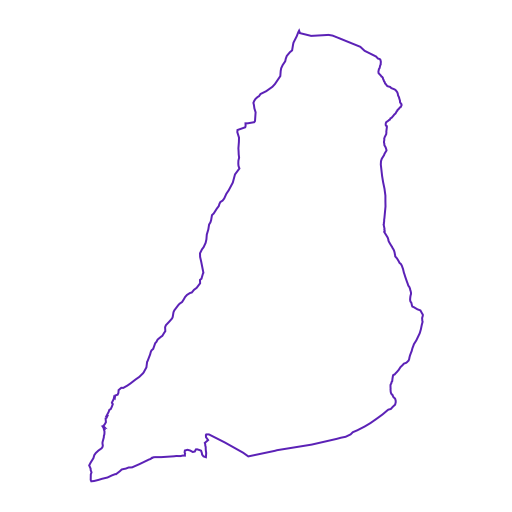 Vlahita, Harghita, Romania (orthographic projection)
{"feature_id": "2599482B50254025578700", "entity_name": "Vlahita", "entity_type": "district", "adm_level": 2, "iso_a3": "ROU", "parent_name": "Romania", "parent_adm1": "Harghita", "projection": "orthographic", "projection_center": [25.586, 46.382], "detail": "fine", "context": "isolated", "style": "outline", "palette": "violet", "viewbox_px": 512, "rotation_deg": 0, "n_neighbors": 0, "source": "geoboundaries", "source_scale": "gbopen_adm2", "svg_char_len": 6029}
<svg xmlns="http://www.w3.org/2000/svg" viewBox="0 0 512 512"><path d="M395.1,404.7L395.7,402.3L395.7,401.3L395.7,400.8L395.2,398.9L394.6,398.1L393.9,397.6L393.3,396.9L392.5,395.0L392.4,395.0L392.2,394.8L392.0,394.6L391.8,394.2L391.3,393.8L391.0,393.0L390.7,391.8L390.6,390.3L390.5,389.4L390.6,388.9L390.5,387.0L390.5,386.0L390.5,385.4L390.5,385.0L390.6,384.6L391.3,383.4L391.4,382.7L391.5,382.4L391.7,381.8L392.0,381.5L392.2,381.2L392.3,380.2L392.5,378.5L392.8,376.7L393.0,375.7L393.2,375.1L393.3,375.0L393.7,374.8L394.2,374.6L394.5,374.6L394.7,374.4L395.6,373.3L396.8,372.1L398.7,369.9L399.2,369.1L400.5,367.1L402.6,365.1L403.8,363.7L406.2,362.8L407.2,362.0L407.6,361.5L408.5,360.7L409.0,359.6L409.3,358.4L409.4,357.7L410.0,355.4L411.2,352.2L411.6,351.3L412.4,348.3L413.5,345.4L413.9,344.2L416.3,340.4L419.6,333.5L419.9,332.7L420.9,329.2L421.8,324.8L422.6,321.8L422.3,320.7L422.2,319.0L422.1,318.1L422.8,315.7L422.8,314.6L422.1,313.5L420.4,310.4L417.4,309.3L413.7,307.1L412.4,306.6L412.0,305.7L411.7,304.3L411.3,302.7L410.7,301.9L410.3,301.1L410.1,299.6L410.2,298.1L410.4,296.4L410.7,295.0L411.0,294.0L411.0,292.8L410.6,290.9L410.2,289.9L410.1,289.0L409.4,287.1L408.5,285.9L408.0,284.8L407.8,284.0L407.0,281.9L405.1,276.4L404.5,274.4L403.9,272.7L403.0,268.9L402.4,267.3L401.8,265.6L400.8,263.9L399.6,263.0L398.5,260.9L398.2,260.4L397.1,258.6L396.4,257.7L395.7,257.0L395.2,256.3L395.1,255.0L394.9,254.4L394.7,253.1L394.4,251.8L394.0,250.5L393.4,249.3L393.1,248.8L392.2,247.4L392.0,246.7L391.5,246.1L390.1,243.8L388.8,241.5L388.4,240.4L388.4,239.8L387.7,237.6L384.2,231.9L384.7,231.4L384.7,230.9L384.5,230.6L384.6,230.1L384.3,229.4L384.5,228.8L383.6,224.4L383.9,224.0L383.9,222.5L384.1,221.9L384.2,219.3L384.4,218.2L385.5,206.5L385.4,201.1L385.4,195.6L384.5,188.8L383.1,182.1L382.1,176.0L380.8,164.5L381.0,161.1L381.8,158.7L384.0,155.2L384.6,153.6L386.5,150.5L386.3,149.3L386.0,148.6L385.8,147.8L385.5,147.1L384.5,145.4L384.4,145.2L384.4,144.7L384.3,144.3L384.3,143.5L384.0,142.7L384.0,141.5L384.2,140.6L384.3,139.6L384.3,139.2L384.2,138.6L384.8,136.9L386.2,134.2L386.4,132.2L386.3,131.7L386.9,126.9L386.8,126.1L385.9,125.6L385.7,124.9L385.7,123.9L385.9,122.9L386.2,122.2L388.6,120.5L389.0,120.0L389.8,119.7L390.5,118.3L390.9,118.2L391.9,117.5L392.3,117.0L392.5,116.7L393.5,115.6L394.2,114.6L395.4,113.6L396.1,112.5L396.3,112.1L396.6,111.4L396.9,111.2L397.4,110.6L397.5,110.0L398.3,109.4L398.5,109.0L398.8,108.9L399.2,108.4L399.7,107.6L400.1,107.3L400.6,107.2L401.4,105.6L401.6,105.0L401.3,103.9L400.7,103.5L400.6,103.0L400.0,102.1L400.0,100.8L399.1,97.9L399.1,97.5L398.1,95.5L398.0,95.1L397.8,93.8L397.3,92.4L396.8,91.6L395.4,89.9L394.1,89.2L391.3,88.1L390.1,86.9L387.8,86.3L387.0,85.8L386.5,85.1L385.9,84.2L385.2,83.6L384.9,82.9L384.7,82.1L384.1,81.4L383.8,80.6L383.6,79.9L383.0,78.8L382.8,77.7L382.1,76.8L381.5,76.6L380.8,75.5L380.1,74.8L378.6,73.2L378.4,71.8L378.5,71.0L378.7,70.3L378.9,69.1L379.6,68.1L380.1,65.8L380.2,65.4L380.4,65.0L380.7,64.5L380.7,63.2L380.8,62.9L380.8,61.4L380.3,59.6L379.6,59.0L378.0,58.6L376.3,56.8L376.2,56.6L364.6,50.8L360.3,46.8L332.6,35.6L328.6,34.9L311.2,35.9L299.9,33.1L299.1,30.7L298.3,32.2L296.7,36.3L293.5,42.6L293.1,44.4L292.1,50.4L289.9,52.2L286.8,55.9L285.8,58.6L285.2,61.3L282.7,65.0L281.2,68.2L280.7,70.9L280.3,76.1L274.9,84.1L272.4,86.8L266.2,91.2L260.5,94.0L259.0,96.2L257.6,97.0L255.5,98.9L254.2,100.9L253.4,102.9L253.9,104.9L254.4,108.4L255.6,112.3L255.0,121.0L254.2,122.2L247.8,123.3L245.5,123.3L245.6,125.9L245.2,127.3L237.5,130.0L237.3,132.1L239.0,137.6L238.9,142.0L238.4,148.3L238.6,151.8L238.7,154.4L239.1,157.7L238.4,160.7L238.3,163.7L238.5,165.9L239.4,168.5L235.0,174.4L232.8,182.6L228.7,190.3L226.4,193.7L224.2,198.5L222.6,200.6L220.4,202.0L219.5,203.7L218.7,206.2L216.9,208.5L213.7,213.5L212.0,215.1L211.1,220.2L210.4,222.4L209.1,224.5L208.3,229.5L206.8,234.5L206.4,239.4L205.6,242.9L203.6,247.2L202.0,249.3L200.0,253.3L200.1,256.9L201.2,261.7L203.4,272.8L203.1,273.1L201.8,277.5L201.5,278.7L200.0,279.9L200.1,283.3L196.6,287.9L194.0,289.8L191.8,292.5L190.0,293.0L187.0,294.9L185.1,297.0L183.8,299.3L182.1,302.0L179.6,303.7L178.3,305.1L174.3,310.4L173.5,312.2L172.7,317.0L172.1,318.4L169.4,321.5L165.9,325.2L165.1,327.2L165.3,331.2L164.1,332.9L162.3,335.9L161.2,336.6L159.0,338.4L157.6,339.6L156.4,341.9L155.2,343.2L153.2,348.9L151.5,350.4L150.8,351.9L150.1,354.5L147.6,361.0L147.1,361.9L146.4,367.4L144.2,371.4L144.1,371.7L143.1,373.2L139.3,376.9L135.7,379.4L130.4,383.5L127.2,385.7L125.2,386.8L123.3,387.9L121.3,387.8L118.6,390.1L118.4,392.9L117.6,394.7L115.2,395.5L114.8,398.0L114.1,397.1L113.7,399.0L112.3,401.8L111.9,402.8L112.8,404.1L111.7,407.0L110.7,409.1L109.4,409.8L108.6,412.0L106.5,416.0L107.4,416.0L106.5,417.9L105.6,418.4L105.9,422.2L104.9,424.0L104.2,425.0L103.2,425.9L104.6,427.4L103.0,427.0L105.1,430.1L103.9,429.3L104.5,431.6L104.4,434.1L104.2,434.9L103.9,435.8L103.8,437.4L102.5,442.3L102.5,443.9L102.8,445.2L102.7,446.2L102.4,447.2L101.6,448.3L98.5,450.5L95.8,453.0L94.3,455.1L93.4,458.2L90.7,462.5L89.2,465.4L90.6,468.6L90.7,470.2L91.5,472.3L90.8,474.4L90.7,479.9L91.3,481.3L94.1,481.0L98.5,479.9L102.0,478.8L107.5,477.5L111.9,475.4L115.3,474.1L116.0,474.2L120.0,471.1L121.7,469.5L123.7,469.0L125.8,468.6L128.6,467.5L132.0,467.4L139.5,464.1L149.0,459.5L150.6,459.0L151.4,458.2L152.1,457.7L152.5,457.9L153.3,457.3L155.6,457.1L161.8,457.1L173.9,456.3L176.3,456.0L180.5,456.1L182.5,455.6L184.9,455.6L184.8,454.7L185.1,453.7L184.6,452.3L184.9,450.5L187.5,449.8L190.1,450.5L192.8,452.0L194.8,451.5L195.9,449.4L197.1,449.3L200.2,450.3L201.1,450.7L201.9,453.2L202.1,454.6L203.5,456.4L205.9,457.2L206.2,453.1L205.8,450.2L205.7,448.6L205.7,447.0L205.3,445.6L205.2,444.1L204.8,442.9L208.1,440.1L206.0,437.2L205.9,435.0L206.3,434.4L208.9,434.4L224.7,442.4L243.1,452.7L248.3,456.4L275.0,450.8L277.0,450.2L311.7,444.6L336.6,438.9L341.0,437.7L345.6,436.8L350.6,434.4L352.8,432.2L357.3,430.3L364.7,426.5L370.4,423.1L377.4,418.2L382.6,414.4L387.7,410.1L388.4,409.6L390.8,409.0L392.7,406.9L394.4,405.3L395.1,404.7Z" fill="none" stroke="#5b21b6" stroke-width="2"/></svg>